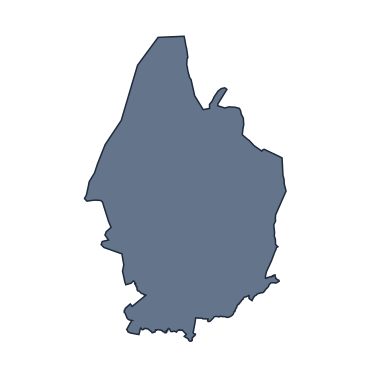 outline of Tixtla de Guerrero, Guerrero, Mexico, rotated 12°
{"feature_id": "50627088B84888194044649", "entity_name": "Tixtla de Guerrero", "entity_type": "district", "adm_level": 2, "iso_a3": "MEX", "parent_name": "Mexico", "parent_adm1": "Guerrero", "projection": "robinson", "projection_center": [-99.344, 17.607], "detail": "fine", "context": "isolated", "style": "filled", "palette": "slate", "viewbox_px": 384, "rotation_deg": 12, "n_neighbors": 0, "source": "geoboundaries", "source_scale": "gbopen_adm2", "svg_char_len": 5920}
<svg xmlns="http://www.w3.org/2000/svg" viewBox="0 0 384 384"><g transform="rotate(12 192 192)"><path d="M273.0,139.9L253.7,135.2L252.7,135.9L252.1,136.5L251.8,137.5L242.9,133.7L241.0,132.3L236.9,129.5L235.6,129.0L229.3,125.6L228.7,119.9L228.6,115.3L226.8,109.0L224.1,105.7L222.6,102.4L221.0,100.4L216.8,100.1L210.2,101.1L206.7,103.0L199.3,102.3L199.0,100.5L204.8,84.4L202.6,83.3L202.4,83.3L199.2,84.7L196.5,87.9L193.9,94.3L192.8,99.0L190.9,102.6L191.8,106.6L185.8,109.1L174.6,97.3L167.7,82.2L166.0,80.7L162.9,74.7L161.4,70.7L160.4,68.8L159.5,62.8L160.0,61.5L158.6,57.4L156.8,52.6L155.4,49.8L154.0,46.1L151.9,41.3L126.7,47.8L112.4,79.3L107.9,136.8L97.2,163.7L93.7,184.4L92.7,193.6L89.3,203.3L89.4,208.5L89.3,217.2L88.2,220.5L88.2,220.8L89.2,221.5L89.8,221.9L91.1,222.8L97.4,220.5L100.5,219.8L104.2,219.3L105.4,219.6L106.1,220.2L107.2,221.4L108.5,224.0L116.5,238.1L120.2,243.4L116.4,248.5L115.8,252.2L120.3,256.3L114.5,259.1L114.1,262.4L117.4,264.6L136.3,267.1L140.4,277.4L140.5,283.9L143.8,291.2L144.7,293.3L146.5,296.5L151.4,293.9L153.2,291.1L154.0,291.5L154.4,291.9L154.8,292.2L154.9,293.1L155.4,293.1L155.3,293.7L155.9,293.5L155.9,293.8L156.0,294.2L156.4,295.1L156.8,295.6L156.9,295.9L157.1,296.0L157.2,296.3L158.0,296.6L158.1,297.4L158.4,298.0L158.5,298.9L158.9,299.3L159.5,300.0L160.4,300.0L161.3,300.1L161.9,300.6L162.3,300.8L162.5,301.1L162.9,301.4L163.2,301.5L163.7,301.6L164.0,301.8L164.7,301.8L165.1,301.7L165.3,301.8L165.5,301.8L166.1,302.0L166.2,302.3L166.3,302.4L166.5,302.2L166.7,302.3L167.1,302.4L167.2,302.5L167.3,302.5L167.5,302.5L167.8,302.4L167.9,302.5L168.0,302.4L168.1,302.5L168.3,302.6L157.2,316.4L156.6,315.7L154.9,314.3L154.5,314.9L154.3,315.3L154.1,315.6L153.9,315.9L153.5,316.0L153.2,316.4L153.1,317.1L152.8,317.4L152.5,317.5L152.4,317.8L152.3,318.2L152.0,318.3L151.7,318.5L151.4,319.1L151.1,319.5L150.9,319.8L150.8,320.2L150.9,320.4L151.0,320.8L150.9,321.3L150.4,321.8L150.4,322.1L150.5,322.5L150.6,323.0L150.5,323.5L150.9,323.6L151.1,323.9L151.8,324.5L152.1,325.0L153.5,326.9L153.7,327.4L154.1,328.0L154.7,328.8L155.9,329.7L156.5,330.0L157.1,330.1L158.6,330.2L159.0,330.1L159.9,330.2L159.7,330.3L157.8,336.5L157.2,338.5L156.7,340.2L157.6,340.8L158.3,341.9L158.5,342.1L158.8,342.2L160.4,342.6L161.0,342.7L166.9,342.6L169.4,342.5L169.7,342.5L169.9,338.9L169.8,337.1L169.9,336.4L170.2,335.7L170.4,335.8L171.8,337.1L172.5,336.9L172.6,336.7L172.9,336.6L173.0,336.5L173.4,336.4L173.6,335.6L174.0,335.3L175.4,335.2L175.8,334.9L176.2,335.2L177.6,335.1L177.8,335.2L178.0,335.4L178.5,335.6L179.4,336.2L180.8,336.7L180.8,336.8L181.9,337.6L182.2,338.0L182.3,338.0L182.8,337.8L183.8,337.1L184.8,336.8L185.0,336.3L185.1,334.3L185.3,334.2L186.0,334.6L187.4,333.6L188.3,333.8L188.6,333.8L189.0,333.7L189.6,333.5L190.6,333.7L191.0,333.6L191.6,333.7L191.9,334.3L192.2,334.5L192.5,334.5L192.8,334.5L193.7,334.6L194.2,335.2L194.8,335.4L196.1,334.8L196.3,334.8L196.4,334.6L195.4,333.5L195.9,332.9L196.1,332.6L197.0,332.8L197.1,330.4L197.3,330.3L198.6,330.7L198.9,331.2L199.8,332.4L200.4,332.9L201.0,332.9L203.8,331.8L206.0,332.3L206.4,331.1L207.2,330.2L207.3,329.9L207.4,329.7L208.6,329.8L208.7,329.3L209.9,329.6L210.3,329.4L210.9,328.9L216.1,332.5L214.4,334.8L216.1,335.5L217.8,336.0L218.1,336.0L218.6,336.4L219.7,337.7L220.4,338.2L220.6,338.3L221.0,338.3L221.1,338.2L221.5,338.2L222.2,338.1L222.8,337.4L223.1,337.0L223.0,336.6L222.8,336.2L222.5,335.0L222.7,334.7L223.0,334.4L223.2,333.9L223.2,333.5L223.4,333.3L223.6,332.9L223.8,332.6L224.7,331.9L225.0,329.7L224.7,330.3L224.0,330.4L223.0,329.9L222.3,329.3L222.4,327.1L222.3,326.3L222.2,325.1L222.3,324.4L222.2,323.4L222.2,320.7L221.8,314.3L224.7,314.0L227.0,313.5L228.1,313.4L228.8,313.8L234.1,312.9L234.1,314.8L234.7,315.1L234.8,315.3L235.2,315.3L236.4,314.8L237.6,313.2L239.2,310.5L239.5,309.6L241.1,308.7L244.0,308.5L244.5,308.6L244.8,308.0L245.2,307.8L246.0,307.7L246.4,307.5L246.8,307.6L247.0,307.6L247.4,307.6L247.7,307.6L248.1,307.4L248.5,307.4L248.9,307.3L250.2,307.1L250.7,307.1L251.3,307.3L251.7,307.4L252.5,307.3L252.9,307.2L253.8,306.9L254.6,306.3L255.2,306.0L256.0,305.2L257.0,304.1L257.5,303.3L257.8,302.5L257.9,302.0L257.9,300.6L258.3,300.2L258.7,300.1L258.8,299.6L258.7,299.4L258.9,298.9L258.9,297.6L259.2,297.1L259.3,296.3L259.8,295.2L259.6,294.3L259.7,294.1L259.9,293.4L260.2,293.1L260.5,292.3L260.6,292.2L260.9,292.1L261.2,291.9L261.3,291.2L261.7,291.0L262.0,289.6L262.6,289.2L262.6,288.6L263.0,288.1L263.2,287.3L264.2,286.4L264.1,286.0L264.1,285.7L264.4,285.1L264.6,284.6L265.0,284.0L267.1,283.0L269.2,281.4L269.3,281.8L269.5,282.2L269.4,282.6L269.8,283.2L269.7,283.6L270.0,283.8L270.2,284.1L270.1,284.4L273.3,285.8L273.5,284.8L274.3,281.9L274.8,281.3L274.8,280.9L275.0,280.5L276.1,279.7L276.5,279.1L276.9,278.4L277.3,278.2L277.9,277.5L278.9,277.2L279.3,277.0L279.7,276.6L280.5,276.1L281.4,276.1L282.7,275.3L283.6,273.7L284.3,272.0L284.7,271.3L285.8,269.8L286.5,268.1L286.7,266.7L288.1,264.4L289.5,264.1L291.0,263.7L292.0,263.7L292.4,263.8L292.9,263.6L293.4,263.3L294.0,262.9L294.7,262.2L295.2,261.6L295.8,261.2L295.4,260.3L295.0,260.2L294.4,260.1L294.0,260.0L293.8,259.9L293.1,259.6L292.4,259.4L291.9,259.1L291.6,258.2L291.1,257.7L290.8,257.1L290.6,256.5L290.7,256.1L290.7,255.9L290.4,255.9L289.7,256.1L289.7,256.4L289.5,256.6L289.3,256.6L289.2,256.8L289.1,257.0L288.9,257.2L288.6,257.2L288.4,257.0L288.1,257.2L288.1,257.8L287.9,257.9L287.8,258.2L287.6,258.5L287.0,258.3L286.8,258.3L286.4,258.5L285.5,259.0L284.3,259.9L284.2,259.9L283.9,259.9L283.9,260.0L283.7,260.2L283.4,260.1L283.3,260.3L283.0,260.6L282.4,260.7L282.3,260.8L282.3,261.0L281.9,261.1L281.3,258.9L281.4,256.5L281.4,255.5L281.4,254.5L284.0,243.0L285.1,235.6L285.3,234.1L286.1,230.5L286.0,229.3L286.2,228.7L287.4,227.7L285.1,226.3L284.7,226.1L284.5,225.4L283.4,220.9L281.6,217.9L281.2,214.5L278.8,207.1L279.1,205.8L279.8,202.9L279.1,200.7L278.5,197.2L283.8,171.5L280.7,165.2L279.3,160.3L277.5,156.7L273.0,139.9Z" fill="#64748b" stroke="#1e293b" stroke-width="1.5"/></g></svg>